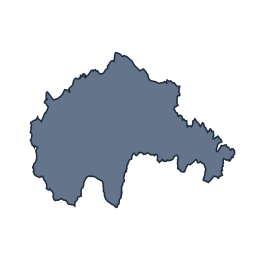 outline of Birr Lea-6, Offaly, Ireland, rotated 260°
{"feature_id": "5873133B95472927677681", "entity_name": "Birr Lea-6", "entity_type": "district", "adm_level": 2, "iso_a3": "IRL", "parent_name": "Ireland", "parent_adm1": "Offaly", "projection": "robinson", "projection_center": [-7.878, 53.106], "detail": "fine", "context": "isolated", "style": "filled", "palette": "slate", "viewbox_px": 256, "rotation_deg": 260, "n_neighbors": 0, "source": "geoboundaries", "source_scale": "gbopen_adm2", "svg_char_len": 5757}
<svg xmlns="http://www.w3.org/2000/svg" viewBox="0 0 256 256"><g transform="rotate(260 128 128)"><path d="M160.2,186.1L160.2,183.9L162.7,182.1L164.2,181.7L164.8,180.6L164.6,180.1L164.8,179.7L167.0,178.2L166.9,176.2L168.5,174.9L167.3,174.2L165.7,173.9L167.4,172.0L166.7,170.6L166.7,165.8L168.8,163.2L170.5,158.8L172.2,157.3L174.9,156.7L176.4,156.9L180.6,155.2L183.5,153.5L182.3,149.6L188.3,145.4L193.4,143.4L198.3,139.4L200.1,136.6L199.1,135.5L200.0,134.4L201.7,133.5L203.7,130.8L204.3,128.8L202.8,127.9L196.0,125.8L196.9,124.9L196.8,122.9L195.4,121.4L194.4,120.8L193.0,119.1L192.7,119.1L192.4,118.5L191.1,118.5L190.3,118.2L189.1,116.0L186.3,113.3L185.8,111.7L186.1,110.8L186.0,110.0L187.0,109.0L189.3,108.1L189.6,107.8L189.3,107.1L189.5,106.8L191.1,106.0L190.7,104.1L190.1,103.6L191.1,103.3L190.8,101.6L187.0,97.9L186.8,97.2L184.9,94.9L185.1,94.3L186.0,94.5L186.9,95.3L187.8,95.1L189.1,94.0L189.0,93.1L188.4,92.7L186.7,92.8L186.7,91.8L187.7,91.5L188.1,90.4L186.0,89.7L185.6,89.8L185.1,89.1L185.7,88.6L185.1,87.8L185.1,86.9L186.1,85.2L185.9,84.5L184.5,83.0L182.5,81.9L180.1,81.2L177.1,76.8L176.3,76.6L175.4,76.9L173.5,76.9L173.3,76.4L172.8,76.2L175.1,76.4L176.8,72.3L172.4,69.2L171.2,67.6L169.1,63.7L168.7,59.3L177.0,55.2L177.6,54.5L176.5,53.6L172.4,52.7L171.2,52.7L170.3,53.7L169.9,52.7L170.1,51.9L167.8,50.1L167.0,50.4L166.0,51.5L162.3,53.1L157.2,49.7L157.5,49.3L156.7,48.5L149.4,43.8L151.8,42.1L152.6,41.1L154.6,40.9L152.0,38.8L151.9,36.9L150.1,33.0L147.3,33.4L145.8,33.0L145.2,32.3L143.5,32.5L140.5,31.0L139.4,32.1L137.4,32.1L133.1,30.5L133.1,29.8L127.5,30.8L127.2,31.6L125.0,32.4L126.4,33.1L124.5,35.7L122.0,33.4L120.4,33.2L118.1,33.5L113.4,32.6L110.2,30.8L109.0,29.2L107.2,28.2L106.6,28.2L106.2,27.4L105.4,27.3L105.3,27.7L104.3,27.9L102.3,27.8L102.4,27.6L100.9,27.1L100.2,27.7L98.7,27.5L96.8,29.1L94.7,32.2L95.0,33.0L94.8,33.8L95.5,34.6L95.3,35.2L94.8,35.7L91.7,36.2L89.5,37.4L87.0,38.0L84.8,37.9L82.7,37.1L80.9,38.7L80.7,39.7L81.7,40.4L80.2,41.1L78.7,42.3L76.3,43.2L73.7,42.3L70.9,42.5L69.5,43.2L69.2,43.6L69.4,45.0L68.9,46.7L69.7,48.5L69.6,49.1L70.1,50.2L68.4,51.7L67.7,53.8L66.0,55.2L64.8,55.4L63.3,56.2L62.3,58.8L62.5,59.3L61.6,60.9L60.4,62.0L64.3,63.0L65.3,64.6L66.7,66.0L68.5,66.3L69.0,70.1L74.5,70.9L76.3,71.7L77.2,73.2L77.8,73.7L82.6,75.4L86.2,78.2L87.5,80.7L87.1,82.2L86.7,82.8L86.9,83.7L86.5,84.1L86.5,85.1L85.3,87.4L82.5,90.0L82.1,91.1L79.7,93.6L76.8,93.9L74.6,93.2L73.8,93.5L71.2,93.2L70.3,92.7L68.2,93.4L67.1,93.5L66.1,93.0L62.0,93.6L58.5,95.8L57.3,97.5L56.1,98.2L54.6,100.5L52.3,102.0L51.7,102.8L51.9,103.4L52.4,104.0L53.8,103.9L54.2,104.7L54.7,104.9L54.6,105.5L55.7,106.2L58.5,106.9L59.8,108.0L60.6,109.1L62.4,109.4L62.5,109.7L63.4,109.7L63.7,110.2L64.4,110.2L65.4,110.8L65.9,110.4L66.1,110.8L67.1,110.9L67.3,110.5L69.9,111.4L71.3,111.4L71.3,111.7L72.3,112.1L72.8,112.9L74.7,113.1L75.3,114.3L76.0,114.9L76.7,115.0L76.9,115.3L79.7,115.0L82.4,116.4L84.3,116.8L85.1,118.0L85.6,118.2L85.3,118.4L85.3,118.8L87.3,119.2L88.2,119.9L91.2,120.3L92.3,121.6L93.4,121.7L94.0,122.5L95.7,123.2L96.5,124.3L96.5,125.4L97.0,126.4L98.9,126.6L99.3,127.1L101.6,128.3L102.0,129.1L101.7,130.2L100.2,130.5L99.4,131.4L99.7,132.4L101.9,134.6L101.4,135.3L101.8,136.1L101.3,137.1L100.4,138.2L99.3,138.7L99.5,140.0L99.1,140.5L99.8,141.7L99.8,143.7L98.7,144.6L98.4,145.4L97.7,145.6L97.4,146.3L97.5,147.4L97.3,148.3L96.1,149.2L97.0,150.2L96.8,150.5L97.1,151.1L96.8,151.4L96.9,151.9L94.8,152.3L91.3,151.2L88.6,153.0L89.5,153.9L89.6,154.6L91.1,156.6L89.8,156.8L89.0,157.3L89.1,158.5L88.5,159.6L89.0,160.6L89.7,160.9L88.6,163.0L88.8,163.1L88.8,164.9L89.6,166.9L91.9,168.6L92.8,171.3L91.5,172.0L89.8,172.4L87.9,171.1L87.0,171.4L84.6,170.5L82.8,170.7L79.6,169.9L78.5,170.5L78.2,171.6L76.0,172.5L74.9,175.3L74.9,175.7L76.0,176.7L78.6,178.1L81.2,180.2L81.6,181.1L81.1,183.0L83.7,187.4L85.0,188.9L85.0,189.6L83.6,190.4L82.5,190.2L81.7,190.5L81.8,190.9L81.5,192.2L82.2,193.5L81.8,193.5L81.7,194.0L80.9,194.4L79.2,196.6L73.4,197.5L71.9,196.4L68.8,195.7L65.2,193.6L63.3,193.0L62.8,194.6L62.2,195.5L61.6,195.7L61.5,196.7L60.4,197.6L62.7,201.1L65.7,204.0L64.2,207.5L63.2,207.6L62.8,208.6L64.5,209.5L64.6,211.0L65.2,212.9L67.6,212.2L68.0,212.5L69.5,212.4L69.9,213.7L71.6,213.5L73.8,214.3L73.8,215.0L75.1,215.0L77.4,216.0L79.0,215.9L81.2,216.8L80.1,218.6L79.3,219.1L79.0,222.4L77.9,221.9L77.8,222.3L78.5,222.7L78.6,223.3L80.9,224.9L80.8,225.1L81.2,225.3L80.7,226.0L81.3,226.7L82.9,227.0L83.9,228.5L86.9,228.9L87.9,228.5L87.6,228.4L88.2,228.0L88.8,228.0L89.6,226.8L88.4,225.5L88.9,224.8L91.3,223.8L92.8,221.8L94.3,221.8L94.4,220.2L94.0,218.1L94.5,217.3L94.3,216.6L92.4,215.2L89.2,212.2L89.3,211.4L90.7,211.0L96.0,213.3L97.3,214.7L97.9,217.6L98.2,218.0L100.3,217.6L101.9,216.3L103.7,215.7L103.4,215.3L104.3,214.8L103.5,213.9L103.7,213.5L103.3,212.9L103.4,212.2L102.3,211.4L102.9,210.2L102.8,209.9L104.3,210.0L105.4,211.1L109.4,211.4L110.2,211.0L110.0,209.9L111.0,209.5L111.9,209.6L112.8,209.1L112.8,208.6L110.7,206.9L110.0,205.6L110.7,205.8L113.7,204.5L114.5,204.7L116.1,203.3L117.3,203.4L118.3,203.0L119.2,203.3L120.2,202.3L116.9,199.4L120.1,198.4L123.1,196.4L125.0,195.9L125.5,195.4L124.3,194.6L123.5,193.0L121.6,192.8L120.5,192.1L119.6,191.9L118.2,190.7L119.0,190.3L119.3,189.6L119.2,189.0L119.6,188.3L118.7,186.9L119.1,186.6L125.0,187.0L124.8,186.0L125.1,185.5L126.5,184.9L127.3,184.0L126.4,183.3L130.3,183.0L130.8,182.5L130.7,182.1L131.4,181.9L131.7,181.0L130.8,180.1L131.0,179.4L133.0,179.1L134.1,179.3L135.0,177.9L137.8,177.0L138.2,176.6L139.2,176.6L139.7,177.4L140.9,178.0L140.8,179.5L141.5,179.6L141.7,180.0L141.6,181.1L144.4,180.6L145.8,181.1L146.6,180.6L146.9,181.0L147.9,181.0L148.0,181.3L148.8,181.3L151.2,182.7L150.8,183.7L151.3,184.8L153.2,184.8L155.0,184.1L156.2,184.9L158.0,185.1L158.7,185.8L160.2,186.1Z" fill="#64748b" stroke="#1e293b" stroke-width="1.5"/></g></svg>